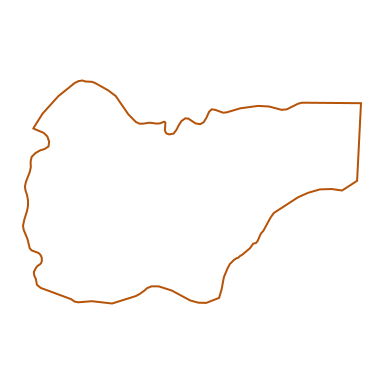 outline of Sa`dah
{"feature_id": "YEM-150", "entity_name": "Sa`dah", "entity_type": "Governorate", "adm_level": 1, "iso_a3": "YEM", "parent_name": "Yemen", "parent_adm1": "", "projection": "equal_earth", "projection_center": [43.78, 17.066], "detail": "fine", "context": "isolated", "style": "outline", "palette": "amber", "viewbox_px": 384, "rotation_deg": 0, "n_neighbors": 0, "source": "natural_earth", "source_scale": "10m", "svg_char_len": 1623}
<svg xmlns="http://www.w3.org/2000/svg" viewBox="0 0 384 384"><path d="M82.3,80.5L85.6,81.5L91.8,81.8L94.7,82.8L108.1,90.3L115.8,96.1L119.2,101.1L128.4,114.4L135.9,122.0L139.5,123.7L142.8,123.7L149.6,122.7L156.8,123.6L159.9,123.4L164.2,121.7L165.3,122.4L165.3,125.1L164.8,129.9L165.5,131.9L166.1,133.0L167.2,133.8L169.3,134.4L173.6,133.6L176.4,129.9L178.8,125.2L181.5,121.0L185.4,118.3L188.5,118.7L195.5,123.4L200.2,124.2L203.7,122.2L206.4,117.8L209.1,111.8L211.7,109.3L215.4,109.9L223.1,112.7L226.5,112.4L240.4,108.3L258.0,105.9L269.0,106.5L281.5,109.8L286.6,109.4L297.9,103.8L301.9,102.7L338.6,103.0L361.0,103.2L357.1,180.8L342.1,190.5L331.5,189.0L319.9,189.4L307.8,192.9L297.8,197.4L273.8,213.0L270.6,217.5L263.3,230.9L260.8,233.7L257.6,241.0L255.8,243.1L253.2,243.6L249.9,248.3L242.4,254.6L239.8,256.2L238.3,257.7L236.3,258.4L233.9,260.0L229.9,264.0L227.6,268.2L223.9,277.1L221.6,289.4L219.1,297.9L206.2,302.9L198.5,302.7L190.3,300.5L171.7,290.5L158.8,286.4L151.7,286.3L147.0,288.2L144.4,290.6L139.3,294.2L135.7,296.1L112.1,303.5L91.9,301.2L78.2,302.3L74.4,301.5L71.2,299.2L40.7,287.9L36.9,284.8L35.9,279.1L34.2,275.4L33.8,272.0L36.5,267.0L38.1,265.5L39.8,264.5L41.1,263.2L41.9,260.7L41.7,257.5L40.4,254.8L38.6,253.0L31.8,250.5L29.7,248.3L27.6,239.4L23.7,229.9L23.0,225.8L24.3,219.7L27.2,210.3L28.0,205.6L28.0,200.3L27.0,194.9L25.6,190.8L24.9,186.9L25.9,181.9L29.7,172.2L30.8,167.3L30.6,161.6L31.7,156.8L35.5,153.0L40.3,150.3L44.4,149.1L48.5,146.5L49.2,141.7L47.3,136.4L43.7,132.9L33.4,128.5L33.9,127.4L42.6,113.6L58.4,96.1L65.5,90.4L74.4,83.2L78.3,81.2L82.3,80.5Z" fill="none" stroke="#b45309" stroke-width="2"/></svg>